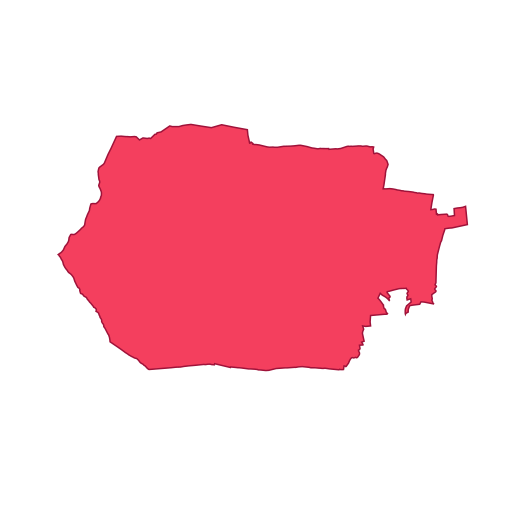 Popesti, Iasi, Romania, rotated 113°
{"feature_id": "2599482B45764776322069", "entity_name": "Popesti", "entity_type": "district", "adm_level": 2, "iso_a3": "ROU", "parent_name": "Romania", "parent_adm1": "Iasi", "projection": "equal_earth", "projection_center": [27.259, 47.14], "detail": "fine", "context": "isolated", "style": "filled", "palette": "rose", "viewbox_px": 512, "rotation_deg": 113, "n_neighbors": 0, "source": "geoboundaries", "source_scale": "gbopen_adm2", "svg_char_len": 6099}
<svg xmlns="http://www.w3.org/2000/svg" viewBox="0 0 512 512"><g transform="rotate(113 256 256)"><path d="M356.7,404.7L358.8,403.0L359.0,402.5L358.9,400.8L359.2,400.3L360.1,398.8L360.2,398.2L360.4,396.1L360.6,395.6L361.6,394.5L362.7,392.3L362.9,391.9L363.4,391.2L364.0,389.7L365.8,386.3L366.6,385.3L366.5,384.3L367.4,382.2L368.3,381.8L369.4,381.7L369.7,379.5L370.2,378.5L371.6,377.3L372.6,376.1L373.5,375.5L374.3,374.1L375.2,373.1L376.6,372.5L377.3,371.8L378.0,370.8L378.5,369.8L379.7,368.8L380.5,368.5L381.5,366.8L385.8,361.6L386.1,360.9L388.3,359.0L390.5,357.6L392.0,356.8L394.4,344.9L395.5,340.1L395.9,338.7L396.3,336.1L396.8,334.1L396.9,332.4L397.1,331.8L397.1,330.4L397.3,328.5L397.3,327.5L397.0,325.9L397.1,325.4L397.9,323.3L398.6,322.2L399.2,321.1L399.5,320.2L399.8,317.6L400.1,316.9L400.4,316.3L400.5,315.1L401.9,312.1L402.3,310.6L402.1,309.8L391.9,290.3L389.6,286.2L387.7,282.1L385.8,279.2L383.3,274.8L380.5,269.5L376.1,261.5L376.0,260.9L375.6,259.9L374.4,258.0L373.5,256.0L373.3,254.4L372.4,251.8L371.3,252.0L368.6,235.9L368.0,235.9L366.3,230.4L365.9,229.0L365.5,228.1L364.7,225.5L362.8,218.6L362.1,216.9L360.7,213.0L359.9,210.3L360.0,209.6L359.1,207.2L357.6,202.2L356.2,199.5L351.7,193.5L347.7,185.7L346.9,183.8L343.7,177.6L343.2,176.6L343.1,176.1L341.4,173.5L339.7,170.1L337.7,163.6L337.5,162.0L335.8,157.9L334.6,154.2L334.1,152.9L333.6,151.1L332.7,149.2L332.4,148.9L331.2,144.3L328.3,135.1L327.6,134.7L327.6,134.0L326.9,132.2L326.3,131.1L322.8,132.0L322.5,130.6L322.7,130.1L322.2,129.8L320.2,129.4L318.6,129.0L315.6,129.0L314.0,128.8L313.2,128.6L312.5,128.3L312.1,128.0L311.8,127.4L311.7,126.3L311.0,125.4L310.4,124.8L310.4,123.9L310.3,123.5L310.1,123.3L309.4,122.9L307.0,122.4L305.8,122.4L304.9,122.8L304.3,123.3L303.5,124.4L302.6,124.9L301.7,124.1L300.6,124.1L300.2,124.3L297.7,125.9L296.1,122.8L295.7,122.9L294.0,125.1L292.2,123.2L286.1,127.5L285.4,127.9L284.0,128.2L283.0,128.3L281.3,128.3L278.7,130.5L278.0,127.6L277.1,125.9L275.6,123.2L272.1,125.2L266.0,127.3L259.5,115.1L258.4,112.7L257.6,112.5L257.3,113.4L256.6,114.4L255.0,115.6L254.4,116.4L254.3,117.5L252.0,119.4L251.4,119.4L251.0,120.2L249.0,123.5L247.7,126.0L247.2,127.3L241.8,127.1L242.3,125.7L242.7,124.4L243.1,120.9L243.5,119.3L244.2,117.4L244.9,116.0L244.6,115.9L243.4,116.9L242.9,117.2L242.4,117.1L241.4,116.6L240.7,116.9L238.7,120.7L238.2,121.2L237.8,121.3L237.5,121.2L236.3,119.5L233.5,116.0L230.2,111.6L229.4,110.1L227.6,106.2L227.0,105.1L227.6,104.5L228.2,102.9L228.8,102.2L229.0,102.0L229.4,102.0L231.3,102.4L231.8,102.1L232.3,101.2L232.9,100.8L233.4,100.8L234.6,101.1L236.0,100.6L237.4,99.7L234.9,96.9L237.7,95.2L243.1,97.9L246.3,97.8L247.7,97.4L249.2,96.8L250.7,96.1L251.2,95.7L250.6,95.7L249.6,95.2L248.2,94.0L246.4,94.7L245.2,95.0L242.6,95.1L241.9,95.1L241.5,94.8L240.3,93.1L236.5,86.5L233.7,86.2L232.7,83.2L230.8,74.2L230.7,73.4L230.2,74.7L230.0,74.9L228.6,76.1L228.1,76.8L227.8,77.0L227.0,76.9L226.0,77.3L225.0,78.1L222.9,79.1L219.1,76.8L218.7,76.6L218.0,76.6L217.6,76.9L217.0,78.3L216.5,78.7L215.8,78.6L214.3,78.1L213.6,78.0L213.3,78.2L212.6,79.9L212.2,80.0L210.4,79.9L194.6,86.1L191.2,87.2L189.5,87.9L188.4,88.2L187.2,88.4L184.2,89.5L175.1,90.9L171.2,91.4L169.4,91.2L163.9,92.1L158.4,92.5L157.1,92.8L154.8,89.0L153.6,86.6L144.5,73.7L128.4,82.5L130.3,84.6L131.6,86.6L133.2,89.5L135.0,92.2L141.2,89.1L143.3,92.3L144.3,94.2L144.3,94.8L144.1,95.0L143.1,95.9L142.9,96.7L145.6,102.1L147.2,104.9L146.4,105.4L147.0,106.2L142.6,108.6L142.9,109.9L144.3,111.8L145.0,113.2L138.2,114.9L130.6,116.5L130.3,116.7L130.2,116.8L132.3,122.9L132.8,125.1L133.7,128.0L134.2,130.3L134.5,131.0L135.0,131.7L135.1,133.1L135.6,134.9L135.8,136.4L137.0,140.7L138.4,144.9L138.5,145.9L139.1,147.6L139.3,149.1L140.1,152.2L140.1,152.9L140.8,156.2L141.7,159.2L143.2,162.1L144.5,165.2L140.7,166.0L130.7,168.6L129.5,169.1L126.3,169.9L124.0,170.0L122.9,169.9L120.1,170.2L117.2,172.8L116.8,173.5L116.4,174.6L114.9,177.2L113.9,182.4L113.9,184.1L114.1,185.1L114.5,185.8L115.5,186.9L115.6,187.6L111.6,190.1L110.4,190.1L109.7,190.3L110.1,191.9L110.4,192.4L110.9,193.5L111.1,194.6L111.4,196.7L111.7,197.6L113.4,200.8L113.7,202.4L114.8,205.1L115.1,205.5L117.5,210.3L117.7,211.1L118.6,212.9L118.9,214.0L119.6,215.1L123.9,220.0L125.7,223.0L126.1,224.4L127.5,227.1L128.4,228.8L129.3,230.5L128.7,231.1L129.3,232.3L131.8,238.5L131.8,238.8L133.2,240.9L134.0,244.3L134.7,246.8L135.3,251.7L136.6,258.0L137.3,259.7L139.7,263.9L141.4,267.2L142.9,270.5L143.7,272.2L144.2,273.4L147.6,278.8L148.1,280.1L148.7,281.5L149.1,282.9L150.6,286.1L151.2,288.3L152.5,296.3L153.3,299.2L154.1,301.3L154.3,302.6L153.8,302.6L153.6,302.9L153.1,305.0L153.7,305.0L154.0,305.2L154.3,305.8L154.6,305.9L154.6,306.0L152.8,307.2L147.9,310.7L143.1,313.3L146.0,326.2L148.6,338.9L155.3,347.2L157.8,357.0L160.3,367.3L162.6,371.3L164.5,374.4L167.0,377.5L169.6,383.6L170.0,386.2L178.9,391.9L181.3,395.2L182.7,395.3L183.5,396.6L189.0,398.9L189.2,400.4L190.3,402.0L191.5,406.2L194.7,408.6L193.1,412.8L193.5,414.5L195.5,418.4L196.2,420.6L197.1,422.9L198.4,427.0L200.4,431.1L213.9,431.5L220.3,431.9L229.9,431.9L231.3,432.3L235.0,434.5L236.3,435.0L237.2,434.9L239.9,434.4L240.8,433.9L241.6,433.4L242.6,433.0L247.0,430.4L247.6,429.8L248.0,429.3L248.9,428.8L249.5,428.6L252.2,428.4L252.8,428.2L254.2,426.8L254.7,426.0L257.1,423.7L258.1,423.0L260.6,422.0L262.7,422.0L263.2,421.7L265.6,421.8L267.6,422.3L270.2,423.6L270.9,425.1L271.4,426.6L272.2,427.8L272.7,428.3L277.1,427.7L279.3,427.1L283.3,427.3L284.7,427.3L285.7,427.2L288.2,427.2L289.3,427.1L294.3,425.9L295.0,425.9L296.5,426.3L298.9,427.6L299.5,427.7L301.2,428.4L305.3,430.3L306.2,430.9L307.0,431.5L307.4,432.0L308.2,434.4L308.6,434.9L311.3,435.2L312.3,435.2L314.3,434.6L315.5,434.4L316.6,434.4L318.8,434.7L321.8,435.6L325.8,435.7L328.4,436.5L329.2,436.9L330.8,438.0L332.0,438.6L332.1,438.0L333.0,436.8L333.4,435.9L334.4,434.6L335.0,434.0L336.1,432.3L337.2,431.3L339.1,429.9L341.0,427.6L342.0,426.1L343.1,424.0L343.8,423.1L344.4,422.0L344.8,420.1L345.3,418.6L346.6,416.3L347.5,415.1L350.0,413.0L353.1,409.5L354.5,407.7L354.7,406.4L355.0,405.9L355.5,405.2L356.0,404.9L356.7,404.7Z" fill="#f43f5e" stroke="#9f1239" stroke-width="1.5"/></g></svg>